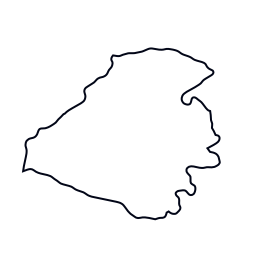 outline of Esperanza, Valverde, Dominican Republic, rotated 282°
{"feature_id": "3306468B62426802090355", "entity_name": "Esperanza", "entity_type": "district", "adm_level": 2, "iso_a3": "DOM", "parent_name": "Dominican Republic", "parent_adm1": "Valverde", "projection": "robinson", "projection_center": [-70.963, 19.618], "detail": "fine", "context": "isolated", "style": "outline", "palette": "ink", "viewbox_px": 256, "rotation_deg": 282, "n_neighbors": 0, "source": "geoboundaries", "source_scale": "gbopen_adm2", "svg_char_len": 4060}
<svg xmlns="http://www.w3.org/2000/svg" viewBox="0 0 256 256"><g transform="rotate(282 128 128)"><path d="M128.2,62.1L124.9,60.1L122.0,58.1L118.3,56.2L116.6,54.7L115.0,53.1L113.4,51.4L112.0,49.6L111.2,48.3L110.5,47.0L109.4,43.0L108.7,41.9L108.2,41.5L107.0,41.0L102.8,40.4L101.4,39.8L100.8,39.5L99.8,38.7L98.9,37.6L98.3,36.4L97.4,34.5L96.7,33.4L95.7,32.5L94.6,31.7L94.0,31.4L92.6,31.1L90.6,31.2L89.2,31.5L86.3,33.0L85.0,33.5L83.5,33.8L82.0,34.0L78.8,34.1L69.1,34.1L63.9,34.4L66.3,38.2L67.2,40.0L67.6,41.4L67.6,42.9L67.2,44.3L66.0,47.3L65.5,49.7L65.3,52.1L65.2,58.9L65.0,60.6L64.8,62.2L64.3,63.6L62.8,66.7L61.7,69.5L60.2,72.6L59.7,74.0L59.4,76.5L59.1,82.4L58.8,84.9L58.3,86.3L57.2,88.9L56.8,90.3L56.5,92.0L56.0,96.2L55.8,97.8L55.3,99.3L54.0,102.5L53.6,104.1L53.3,106.7L53.3,109.3L53.4,131.7L53.3,134.3L53.1,136.0L52.6,137.6L52.3,138.4L51.5,139.7L49.9,141.6L46.7,145.2L45.3,147.2L44.5,148.5L42.6,153.0L42.1,154.3L42.0,155.0L42.0,156.5L42.2,157.2L42.6,158.4L43.6,160.9L44.1,163.3L44.4,167.5L44.4,173.6L46.1,176.5L46.7,177.9L47.4,180.6L48.0,181.7L48.4,182.2L48.9,182.6L50.1,183.1L51.3,183.3L53.3,183.4L54.8,185.1L53.9,186.9L53.5,188.3L53.4,189.7L53.5,190.5L53.8,191.8L54.1,192.5L55.0,193.4L57.6,195.1L59.2,195.8L59.9,195.9L61.0,195.8L62.0,195.3L63.2,194.3L63.7,194.1L64.8,193.7L68.0,193.1L69.2,192.7L69.7,192.4L70.6,191.7L71.5,190.2L72.1,189.3L73.0,188.6L73.5,188.4L74.1,188.2L74.7,188.3L75.7,188.9L76.6,189.8L77.2,191.0L78.5,194.7L78.7,195.9L78.7,196.6L78.6,197.3L78.0,198.4L76.4,200.5L75.7,201.6L75.5,202.2L75.4,202.9L75.5,203.6L76.0,204.8L76.9,205.7L77.4,206.1L78.7,206.5L80.1,206.7L81.5,206.7L82.8,206.5L84.1,206.1L85.1,205.4L85.5,204.9L85.7,204.3L86.5,202.1L87.1,201.1L87.6,200.8L88.6,200.3L92.3,199.5L93.5,199.1L94.3,198.3L95.7,196.3L96.5,195.3L97.4,194.5L98.0,194.2L99.3,193.9L100.0,193.9L100.7,194.1L101.3,194.4L101.8,194.8L102.8,195.8L103.4,197.1L103.7,197.9L104.0,200.3L104.0,206.2L104.3,208.7L104.7,210.2L106.1,213.4L106.4,214.9L106.9,217.9L107.4,219.3L108.0,220.8L109.4,222.6L110.9,224.1L112.2,224.7L112.8,224.9L113.5,224.9L114.6,224.5L118.5,222.6L119.1,222.1L120.0,221.2L120.8,220.0L121.1,219.3L121.5,217.9L121.7,216.3L121.7,213.2L124.7,209.9L129.3,215.3L131.4,217.5L133.1,218.9L134.4,219.5L135.1,219.7L136.4,219.8L137.7,219.5L138.2,219.2L138.7,218.7L139.1,218.1L139.3,217.5L139.4,216.3L139.4,215.1L142.9,212.5L145.5,210.1L148.5,209.7L149.9,209.4L152.9,207.6L157.9,206.2L161.7,204.8L161.8,203.6L161.9,203.0L162.5,201.8L163.7,200.1L167.1,196.2L168.5,194.4L169.2,193.1L170.1,191.1L171.3,188.8L171.7,187.6L171.8,186.9L171.7,186.3L171.5,185.6L171.2,185.1L170.7,184.7L169.6,184.3L166.6,184.2L165.4,184.0L164.8,183.8L164.2,183.4L163.8,182.8L163.5,182.2L163.3,181.5L163.2,180.1L163.4,178.6L163.6,177.8L164.3,176.6L165.3,175.6L166.5,174.8L167.1,174.6L168.6,174.3L170.7,174.5L172.1,175.0L173.3,175.8L175.6,177.9L181.8,185.0L185.1,188.4L186.8,189.9L189.9,191.5L191.1,192.4L192.7,194.0L196.9,198.5L197.9,199.4L198.9,199.9L199.5,200.0L200.2,200.0L200.7,199.8L201.3,199.4L201.7,199.0L202.1,197.8L202.7,195.4L203.2,194.2L204.3,192.6L206.6,190.6L206.9,190.1L207.5,188.8L207.9,186.5L208.2,181.6L208.5,179.1L208.9,177.7L210.0,175.1L210.4,173.7L210.7,172.0L211.2,167.8L211.5,166.1L211.9,164.7L213.3,161.5L213.7,159.9L213.9,158.3L214.0,155.7L213.9,153.2L213.8,151.5L213.3,149.1L211.9,145.9L211.5,144.4L211.1,142.0L210.8,135.2L210.5,133.6L210.2,132.8L209.9,132.1L209.1,130.8L206.4,127.0L205.6,125.7L202.7,119.1L202.3,117.7L201.5,114.0L201.1,112.6L198.6,107.8L197.3,105.9L196.7,104.9L196.3,103.6L196.1,102.3L195.9,98.3L194.9,97.8L193.8,97.4L193.2,97.3L192.0,97.3L190.9,97.7L189.3,99.0L188.8,99.2L187.7,99.5L185.7,99.5L184.4,99.2L183.8,99.0L180.9,97.4L179.6,97.0L176.9,96.4L175.6,95.8L174.5,95.0L173.6,94.0L172.8,92.9L171.9,91.0L171.3,89.8L170.0,88.2L169.0,87.4L166.6,86.0L165.4,85.2L163.8,83.6L160.1,79.8L158.5,78.3L157.2,77.7L155.9,77.5L154.5,77.7L153.4,78.2L151.2,79.4L149.9,79.8L148.5,79.9L147.1,79.8L145.7,79.4L145.1,79.1L143.9,78.2L142.2,76.6L135.9,69.5L133.2,66.6L131.1,64.7L129.1,63.3L128.7,63.0L128.2,62.1Z" fill="none" stroke="#020617" stroke-width="2"/></g></svg>